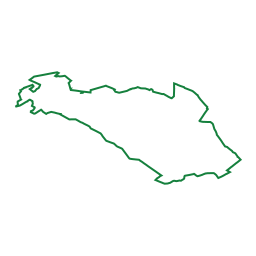 Stabulnieku pag., Riebinu, Latvia (Equal Earth projection)
{"feature_id": "27541924B26776219587555", "entity_name": "Stabulnieku pag.", "entity_type": "district", "adm_level": 2, "iso_a3": "LVA", "parent_name": "Latvia", "parent_adm1": "Riebinu", "projection": "equal_earth", "projection_center": [26.726, 56.44], "detail": "fine", "context": "isolated", "style": "outline", "palette": "green", "viewbox_px": 256, "rotation_deg": 0, "n_neighbors": 0, "source": "geoboundaries", "source_scale": "gbopen_adm2", "svg_char_len": 5259}
<svg xmlns="http://www.w3.org/2000/svg" viewBox="0 0 256 256"><path d="M15.4,106.7L17.3,106.2L19.4,105.7L20.0,105.5L20.7,105.1L21.6,104.6L23.3,103.6L24.6,102.8L26.3,101.8L26.9,101.6L27.2,101.5L27.5,101.4L27.6,101.0L28.7,100.3L29.3,100.0L29.4,99.8L29.7,99.7L30.2,99.9L30.4,99.9L30.8,100.2L31.6,100.7L31.7,100.8L32.1,100.9L32.2,101.0L32.3,101.1L32.5,101.3L32.4,101.5L32.8,103.6L32.8,103.8L32.2,105.1L31.9,105.9L34.6,107.3L34.7,107.5L34.6,108.1L34.5,108.3L33.7,109.4L33.0,110.3L32.8,110.4L30.9,111.2L30.9,111.3L30.8,112.1L34.1,113.7L35.1,113.5L35.6,113.2L38.7,111.2L40.4,110.2L41.1,109.7L41.6,110.1L43.1,111.9L43.3,112.0L46.2,113.9L46.6,113.6L47.6,113.0L51.2,111.9L54.6,112.6L57.0,113.3L57.9,113.5L60.1,114.0L60.3,114.0L60.1,114.3L69.3,119.4L73.7,119.3L75.6,119.3L78.0,120.6L79.2,121.3L79.3,121.4L81.2,122.4L82.0,122.6L83.2,123.2L83.4,123.4L86.0,124.7L87.7,125.5L89.6,126.6L90.7,128.4L95.6,130.8L100.4,133.3L100.6,133.4L101.8,134.9L102.7,136.4L103.2,137.0L105.4,139.8L106.1,140.6L106.3,140.8L109.0,141.8L110.3,142.3L112.0,142.9L113.8,143.5L115.3,144.8L116.5,146.0L116.9,146.3L117.4,146.6L121.3,148.3L122.2,148.8L123.3,150.3L123.8,151.0L125.6,153.4L128.1,156.8L128.5,157.4L129.3,158.4L129.6,158.6L129.9,158.7L131.6,159.0L136.2,159.5L138.5,159.7L138.9,159.8L139.1,159.8L140.3,160.8L141.8,161.7L144.1,163.4L146.3,164.9L147.9,166.1L148.5,166.5L149.2,167.0L152.1,169.0L156.7,172.2L156.8,172.3L158.4,173.4L161.4,175.5L160.4,176.0L159.9,176.3L159.1,177.1L158.7,177.3L158.0,177.8L157.1,178.3L156.9,178.5L156.6,178.8L156.2,179.3L155.9,179.6L155.5,180.0L157.2,180.7L158.8,181.4L160.3,182.0L162.1,182.7L163.2,183.2L163.5,183.3L163.9,183.4L164.1,183.5L164.6,183.7L167.7,183.5L168.6,183.2L169.3,183.0L169.9,182.9L170.6,182.5L171.1,182.2L172.1,181.6L172.3,181.4L172.7,181.2L173.2,181.0L173.8,180.8L174.0,180.8L174.4,180.8L174.7,180.8L175.3,181.0L176.1,181.1L176.3,181.1L176.8,181.1L177.8,180.9L179.6,180.5L180.1,180.6L180.9,180.7L181.0,180.6L181.3,180.5L181.6,180.3L182.0,180.0L183.8,179.0L183.9,178.8L184.0,178.6L184.2,178.3L184.3,178.0L184.3,177.6L184.3,177.1L184.6,176.0L184.7,175.9L184.8,175.8L185.1,175.7L188.6,175.1L194.0,174.0L194.1,173.9L194.3,174.0L194.5,174.1L194.8,174.4L196.2,175.5L197.4,176.2L197.6,176.2L200.2,175.5L202.5,174.7L203.3,174.3L204.1,174.0L205.2,173.6L205.3,173.5L206.2,173.4L207.7,173.2L207.9,173.2L208.9,173.2L211.7,173.1L213.1,173.1L213.5,173.1L213.9,173.2L214.5,173.6L216.1,174.9L218.3,178.0L219.0,177.7L221.3,176.7L223.8,175.4L224.4,175.0L225.0,174.7L225.8,174.2L226.8,173.8L228.6,172.8L229.9,172.1L227.0,170.4L229.3,168.6L230.5,167.6L231.5,166.8L232.0,166.5L233.7,165.1L235.0,164.1L235.7,163.5L237.5,162.2L240.6,159.7L238.3,157.2L237.8,156.9L237.7,156.9L237.7,156.7L235.4,153.4L235.2,153.3L234.8,153.0L234.6,152.9L232.9,152.2L232.3,151.4L232.0,150.9L229.6,149.1L228.3,148.0L228.1,147.9L227.2,147.0L225.0,146.4L224.5,145.6L223.3,143.9L223.0,143.5L221.2,140.7L220.5,139.7L217.8,136.0L216.8,134.8L216.7,133.8L216.1,132.2L215.5,130.9L214.4,129.1L213.5,126.1L213.2,125.0L212.7,123.8L211.8,123.0L210.4,122.0L207.6,122.0L205.1,121.9L204.2,121.9L202.4,121.8L199.8,121.2L199.5,120.9L199.9,120.3L200.6,119.4L201.7,117.8L202.5,116.6L203.0,115.9L203.5,115.1L203.9,114.4L204.0,114.3L204.7,113.3L205.3,112.4L206.2,111.2L206.9,110.2L207.3,109.7L207.6,109.4L207.8,109.1L206.9,108.5L207.3,107.0L205.2,104.9L202.8,102.2L202.7,102.1L201.8,101.0L200.6,99.7L198.8,97.3L198.0,95.9L197.5,95.0L197.3,95.0L197.2,95.0L197.1,94.9L196.4,94.3L194.4,92.5L193.6,91.9L192.9,91.3L192.7,91.2L192.4,91.0L190.5,90.2L190.1,90.1L189.4,89.8L187.4,89.0L185.2,88.2L184.7,88.0L184.6,87.9L184.4,87.7L184.1,87.2L180.2,85.9L179.5,85.6L178.8,85.3L177.9,85.0L177.1,84.5L174.1,83.4L174.1,85.4L174.1,88.1L174.2,88.4L174.1,89.7L174.1,90.6L174.0,93.0L173.9,96.3L171.9,98.1L171.7,98.0L171.3,98.2L168.4,96.8L168.3,96.7L166.8,95.8L166.4,95.6L163.6,94.0L162.2,94.1L158.2,93.0L156.8,92.7L153.1,91.7L152.5,89.9L152.2,89.7L151.7,89.3L151.1,89.1L149.5,90.1L148.4,89.5L145.3,88.5L142.7,88.4L140.9,88.3L137.7,87.1L136.2,87.8L135.3,88.0L134.3,88.3L132.3,88.5L130.7,89.3L130.4,89.1L127.0,90.9L119.4,92.7L118.5,92.6L117.2,92.2L115.8,91.9L115.2,91.6L114.9,91.0L114.2,90.1L114.7,89.5L112.0,88.2L106.1,85.9L105.9,85.7L103.0,86.6L102.9,86.6L90.8,90.1L90.7,90.1L90.5,92.5L83.9,91.7L82.8,92.8L81.3,92.9L82.0,91.5L79.6,91.2L78.8,91.0L78.7,91.0L75.1,90.5L74.2,90.4L72.5,90.2L70.8,90.0L70.4,88.8L70.5,88.7L70.4,88.7L70.2,88.0L68.8,83.1L68.7,83.0L71.0,80.7L70.8,80.6L70.2,80.1L67.2,77.7L66.2,76.8L64.8,75.8L64.7,75.8L62.4,76.2L60.2,76.4L59.3,76.4L58.5,76.1L56.3,76.5L56.2,76.5L55.4,76.1L55.2,76.0L58.6,73.0L57.2,72.3L54.4,72.8L53.6,72.9L50.5,73.5L44.3,74.7L34.1,76.6L33.8,76.8L32.4,77.9L30.9,79.0L29.6,79.9L30.6,80.5L34.4,82.1L38.3,83.9L38.7,84.1L40.1,84.7L40.0,85.4L39.4,86.6L38.8,87.7L38.7,87.9L38.6,88.1L36.8,89.0L36.7,89.0L35.8,90.1L35.0,91.1L33.2,91.8L29.8,89.1L31.5,87.9L32.0,87.9L32.3,87.5L32.3,87.4L32.5,87.3L32.5,87.1L32.7,86.9L32.8,86.9L33.4,86.6L33.5,86.5L33.5,86.4L33.5,86.1L32.5,84.8L31.8,85.1L24.7,87.6L24.8,87.7L24.4,87.8L21.9,89.5L21.7,89.5L20.5,90.4L20.4,90.4L20.7,91.1L20.9,91.4L20.8,91.5L19.6,93.0L19.4,93.2L18.9,93.8L18.9,94.0L19.1,94.4L20.1,97.1L20.9,99.5L21.0,99.6L20.8,99.7L18.6,101.0L17.7,101.5L17.6,102.3L18.0,104.8L15.7,106.5L15.4,106.7Z" fill="none" stroke="#15803d" stroke-width="2"/></svg>